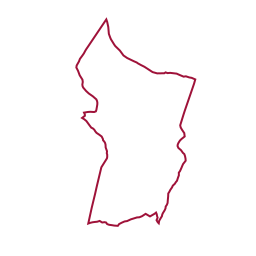 Altônia, Paraná, Brazil, rotated 102°
{"feature_id": "56859067B71956660954916", "entity_name": "Altônia", "entity_type": "district", "adm_level": 2, "iso_a3": "BRA", "parent_name": "Brazil", "parent_adm1": "Paraná", "projection": "mercator", "projection_center": [-53.928, -23.914], "detail": "fine", "context": "isolated", "style": "outline", "palette": "rose", "viewbox_px": 256, "rotation_deg": 102, "n_neighbors": 0, "source": "geoboundaries", "source_scale": "gbopen_adm2", "svg_char_len": 2101}
<svg xmlns="http://www.w3.org/2000/svg" viewBox="0 0 256 256"><g transform="rotate(102 128 128)"><path d="M214.8,78.1L212.2,78.2L208.6,77.0L207.3,76.5L205.5,76.5L204.1,76.2L200.7,75.0L198.8,74.6L197.0,74.8L195.0,74.0L193.1,73.7L190.0,74.1L186.5,74.5L183.7,75.0L181.8,74.3L179.6,73.7L177.0,72.6L175.1,72.2L172.8,70.6L171.1,70.0L169.4,69.1L166.4,68.8L163.7,68.4L161.1,69.0L159.4,68.2L156.2,67.5L153.5,67.0L151.7,66.6L150.3,65.9L148.0,64.8L145.9,65.4L143.6,66.4L141.8,67.5L140.9,69.1L138.7,71.5L137.0,74.6L135.3,75.8L133.7,75.9L131.9,75.5L129.5,74.6L127.8,73.5L124.5,70.8L121.3,71.9L118.4,74.9L116.5,76.6L114.5,77.5L103.5,76.5L99.6,76.1L70.9,72.6L66.5,72.3L65.7,76.2L65.8,78.6L65.4,82.1L66.2,84.3L65.2,89.5L64.7,91.7L65.3,98.2L66.1,100.8L65.8,102.8L66.9,103.9L68.5,110.8L68.2,115.6L64.7,124.7L63.7,128.5L62.7,131.8L62.1,133.1L61.5,136.1L59.7,143.4L58.0,147.5L53.9,152.1L50.5,157.5L49.2,158.9L44.8,163.1L43.4,164.1L39.9,166.3L33.3,168.3L28.6,170.4L26.3,171.8L32.0,174.1L57.1,184.2L59.5,185.2L61.2,185.8L64.3,186.7L66.9,187.8L70.4,189.4L73.1,189.8L77.5,191.2L79.6,191.1L82.4,188.8L86.5,186.2L90.2,182.6L92.4,181.8L95.0,181.7L96.6,181.1L97.8,180.2L100.5,176.7L102.4,173.5L104.3,169.0L106.6,164.9L108.2,163.8L109.7,163.2L111.5,162.9L116.8,162.7L118.4,162.9L119.4,164.4L120.0,168.3L120.7,170.7L122.1,174.2L123.6,173.1L125.0,172.7L127.7,175.0L128.5,172.7L129.8,170.2L131.5,168.3L133.4,166.2L135.3,164.0L135.7,162.3L136.7,160.6L138.0,159.4L139.3,157.8L140.5,154.8L141.8,152.0L143.9,150.3L145.2,149.8L146.2,148.4L147.4,147.3L149.0,146.5L151.7,145.8L153.3,144.8L155.1,143.7L157.1,143.5L158.4,142.8L160.7,142.3L162.1,142.3L172.0,145.9L191.4,146.4L199.6,146.5L213.6,146.9L229.7,147.0L228.6,145.2L227.6,143.1L226.8,140.9L226.1,138.7L224.8,136.4L225.8,133.6L225.0,131.4L225.0,129.8L226.3,128.4L226.6,126.4L226.4,123.6L226.3,121.1L225.8,117.6L223.8,116.7L221.9,114.4L220.1,111.9L219.2,109.5L216.8,106.3L215.4,103.8L213.6,100.6L213.0,98.4L211.4,96.0L208.3,92.9L209.9,88.1L206.3,84.1L204.9,83.0L206.3,82.0L208.0,81.3L209.6,80.4L212.2,80.9L214.0,79.3L214.8,78.1Z" fill="none" stroke="#9f1239" stroke-width="2"/></g></svg>